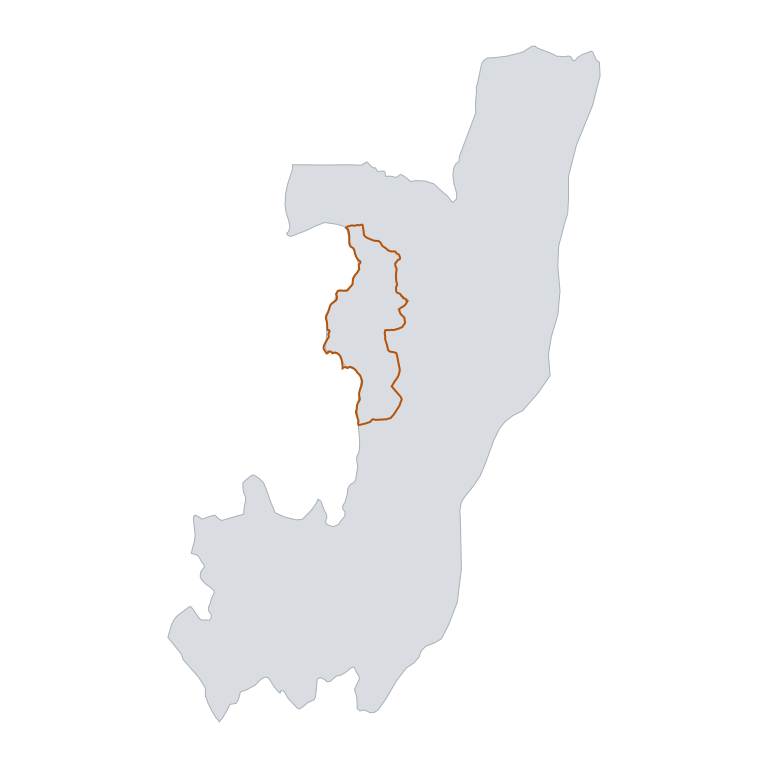 where Cuvette-Ouest sits in Republic of the Congo
{"feature_id": "COG-2185", "entity_name": "Cuvette-Ouest", "entity_type": "Region", "adm_level": 1, "iso_a3": "COG", "parent_name": "Republic of the Congo", "parent_adm1": "", "projection": "equal_earth", "projection_center": [14.65, 0.103], "detail": "fine", "context": "in_parent", "style": "outline", "palette": "amber", "viewbox_px": 768, "rotation_deg": 0, "n_neighbors": 0, "source": "natural_earth", "source_scale": "10m", "svg_char_len": 7372}
<svg xmlns="http://www.w3.org/2000/svg" viewBox="0 0 768 768"><path d="M167.9,637.4L171.3,625.4L173.9,619.9L177.0,616.0L189.4,606.6L191.3,607.0L199.9,619.2L202.7,620.2L205.7,619.8L209.3,620.3L211.1,618.0L211.4,614.8L208.8,611.3L208.4,607.5L210.2,603.4L211.3,598.9L213.9,593.5L214.2,591.0L211.4,588.2L205.6,584.0L201.6,579.9L200.1,576.1L201.1,571.1L204.3,567.1L204.1,564.9L201.3,561.3L199.3,557.4L197.1,554.9L191.3,553.5L192.4,548.3L194.6,540.6L195.1,534.7L193.4,519.3L193.6,516.5L195.2,515.1L198.7,516.8L202.2,519.1L211.7,515.8L215.1,515.2L217.8,518.2L221.7,520.5L243.7,514.1L244.1,507.5L245.4,501.6L245.6,497.1L244.6,494.3L243.5,492.1L242.9,487.7L242.9,482.9L245.0,480.7L252.0,475.0L254.2,475.2L259.1,478.3L263.7,483.1L267.8,493.4L270.7,502.1L275.2,512.8L284.8,517.1L296.3,519.9L302.5,519.2L311.4,510.1L316.4,503.0L318.0,499.2L320.9,501.2L324.3,510.5L326.4,514.1L326.9,517.6L325.4,521.9L326.9,524.6L333.0,526.6L338.4,524.7L340.9,520.9L344.9,516.0L345.0,511.8L342.8,509.1L342.8,505.4L345.0,502.4L347.2,494.4L347.9,488.5L350.0,484.8L354.1,482.2L355.6,479.9L357.8,466.0L356.7,461.0L356.7,456.8L359.2,451.5L359.7,442.8L357.1,408.5L361.1,381.0L360.8,377.5L357.9,373.2L354.4,369.3L345.3,366.1L341.9,361.0L339.3,355.6L337.4,353.9L327.5,351.7L325.3,348.7L326.2,339.9L327.1,327.0L326.7,318.0L328.5,310.8L330.5,305.3L334.8,299.6L337.2,292.8L338.4,291.1L346.7,290.0L349.7,287.1L352.1,284.3L353.1,280.4L355.9,274.1L358.5,269.7L358.7,266.8L358.2,262.7L355.7,254.7L352.7,248.0L350.9,245.6L347.2,230.0L343.8,226.3L337.2,224.3L324.8,222.5L317.3,225.3L305.9,230.6L291.5,236.3L288.1,235.7L286.6,233.3L288.8,231.3L289.9,226.5L288.5,219.7L286.3,213.4L285.0,204.6L285.6,193.7L287.8,183.5L292.3,170.1L292.6,164.7L320.3,165.0L350.0,164.8L361.3,165.2L366.8,161.8L372.0,167.0L374.6,168.2L375.4,167.7L377.4,171.4L383.9,171.0L384.9,171.9L385.5,176.3L391.5,176.2L394.5,177.2L396.9,177.1L400.4,174.5L402.9,175.4L407.4,178.7L410.7,181.6L415.2,180.6L425.8,181.1L433.9,183.9L442.0,191.5L447.4,195.9L452.3,202.4L454.1,201.3L456.7,198.7L456.6,193.1L453.9,183.6L452.9,175.6L453.5,169.0L455.5,164.2L459.0,161.3L459.4,156.3L475.9,112.6L475.4,107.5L475.7,100.0L476.5,91.7L476.3,86.7L477.5,83.3L481.7,63.5L484.0,60.2L487.7,57.9L492.9,57.8L506.6,56.2L519.5,53.0L523.7,51.5L531.8,46.3L534.9,46.1L537.5,48.1L553.0,54.1L557.3,56.5L558.8,56.1L561.2,56.6L564.8,56.7L568.4,56.0L570.6,56.7L573.5,60.7L575.4,60.2L577.9,57.3L582.5,54.4L591.6,51.1L593.0,52.5L596.2,59.8L599.4,62.3L600.1,75.9L592.6,105.4L576.5,145.0L568.5,176.2L568.5,199.1L567.7,213.4L565.0,222.2L558.7,245.9L557.8,266.2L560.0,291.0L557.9,314.6L551.3,336.9L548.4,354.4L550.1,375.6L538.0,393.1L522.7,410.6L512.8,415.7L505.2,421.5L499.7,428.2L493.9,439.9L484.8,465.0L480.1,476.0L473.9,485.4L464.7,496.8L461.3,502.3L459.9,510.1L460.5,524.6L461.4,568.5L457.3,602.3L448.2,625.7L441.4,638.8L434.6,642.8L425.7,646.3L421.4,650.7L418.8,657.3L413.9,662.9L406.5,667.8L397.2,679.7L386.0,698.7L378.4,709.6L374.3,712.4L370.0,712.7L365.6,710.4L361.9,710.1L360.1,711.1L357.1,708.5L357.2,704.1L356.7,696.9L354.5,689.4L359.4,678.8L359.0,676.5L356.7,672.6L354.1,667.2L351.7,667.5L346.5,671.7L341.2,675.0L336.1,676.3L330.0,681.6L326.7,681.6L324.8,679.6L320.6,677.6L318.4,678.3L317.1,679.2L316.1,691.9L315.3,697.4L313.8,700.0L307.6,702.7L303.4,706.4L299.7,709.0L297.5,708.3L288.4,698.7L283.7,690.9L280.8,690.7L280.0,693.2L278.6,692.0L274.1,686.8L268.9,678.5L267.0,677.2L264.1,677.4L259.6,680.4L255.1,685.2L247.0,689.6L240.3,692.0L239.7,695.0L238.1,700.2L235.9,703.4L229.9,704.4L227.8,709.0L222.6,717.9L219.2,721.9L218.3,720.2L216.2,718.0L212.0,711.2L207.8,702.6L206.7,698.7L205.5,696.5L205.3,687.9L199.0,677.7L183.1,659.5L181.4,654.1L167.9,637.4Z" fill="#d9dde1" stroke="#a8b0b8" stroke-width="1"/><path d="M343.9,290.8L346.8,290.6L347.5,290.2L347.9,289.9L348.1,289.5L352.4,284.5L352.7,282.9L352.9,278.9L354.6,275.6L357.3,272.5L359.2,269.3L358.8,265.7L358.7,264.8L359.1,264.1L359.8,263.6L360.3,262.9L360.4,261.8L360.0,261.2L358.6,260.2L357.5,258.9L356.5,257.4L355.7,255.7L355.1,253.8L354.2,249.9L353.4,248.3L350.6,246.6L349.7,244.9L349.2,242.9L349.3,237.1L349.2,235.0L348.3,230.2L347.9,229.3L347.3,228.7L346.7,228.3L346.2,227.9L346.1,227.4L347.0,226.8L347.9,226.4L349.0,226.2L351.2,225.5L351.6,225.4L351.9,225.4L354.5,225.7L355.2,225.6L356.3,225.4L356.8,225.1L357.1,225.0L357.5,225.0L358.5,225.2L359.1,225.3L361.9,224.6L362.2,224.7L362.5,225.0L362.8,225.7L362.9,226.4L363.0,227.7L363.1,228.3L363.4,229.5L363.9,234.5L364.0,235.0L364.3,235.5L366.0,237.2L367.3,237.9L373.5,240.5L376.6,241.0L377.1,240.9L377.5,240.8L378.0,240.9L378.6,241.1L379.3,241.5L380.6,242.7L381.0,243.4L381.7,245.0L382.2,245.7L382.8,246.2L386.0,248.4L388.2,250.4L389.7,251.0L391.2,251.4L392.7,251.5L394.6,251.4L395.0,251.5L395.4,251.7L396.1,252.8L396.3,253.1L396.7,253.4L398.3,254.3L398.8,254.7L399.1,254.9L399.2,255.1L399.9,257.2L400.0,257.9L400.0,258.1L400.0,258.5L399.9,258.9L399.8,259.2L399.5,259.4L399.2,259.6L398.5,259.7L397.9,259.9L397.7,260.1L397.5,260.4L397.3,260.7L397.1,261.2L396.9,261.4L396.8,261.6L396.5,261.7L396.4,261.8L396.2,262.0L395.9,262.7L395.8,262.9L395.3,263.3L395.2,263.5L395.2,264.1L395.3,265.5L395.5,266.3L395.6,266.6L396.4,268.2L396.6,269.0L396.6,269.6L396.0,273.7L396.1,279.4L396.2,280.7L397.0,283.9L397.1,284.4L397.1,284.8L397.0,285.2L396.2,286.8L396.1,287.1L396.1,287.4L396.0,288.2L396.0,289.2L396.2,291.1L396.3,291.5L396.4,291.8L396.7,292.2L397.0,292.5L400.0,293.9L400.3,294.1L400.5,294.4L400.9,294.7L401.0,295.1L401.0,295.4L401.2,295.8L401.5,296.1L402.4,296.5L403.0,297.0L402.9,297.4L402.9,297.8L403.1,298.1L403.3,298.3L403.8,298.2L405.7,298.9L406.0,299.2L406.2,299.4L406.4,299.8L406.4,300.2L406.5,300.7L406.5,301.1L406.7,301.3L407.0,301.1L407.1,300.8L407.3,300.7L407.5,300.7L407.6,300.8L406.2,303.5L404.8,305.2L403.1,306.5L400.8,307.8L398.9,309.4L400.5,313.9L404.3,317.6L405.1,322.8L402.3,327.0L398.0,328.9L393.6,330.0L392.5,330.0L391.4,329.8L389.1,330.2L387.1,330.0L385.2,330.3L384.7,333.2L385.2,336.2L385.2,337.4L385.1,338.7L385.5,340.5L387.0,344.9L387.6,347.9L388.3,350.4L390.1,351.6L394.3,352.3L396.3,353.1L397.1,355.8L399.8,369.7L399.4,372.4L398.6,375.1L397.4,377.6L394.2,382.1L391.7,386.4L400.8,397.0L401.8,399.6L400.6,402.2L399.5,405.6L393.9,414.3L390.7,418.0L386.4,419.3L375.5,419.9L373.1,419.2L371.7,420.0L370.3,421.8L366.2,423.3L358.8,425.1L358.5,424.8L358.1,423.8L358.1,423.2L358.4,421.8L358.5,421.2L358.3,420.2L357.7,418.6L356.0,412.5L356.0,411.3L356.6,409.7L356.9,406.3L357.2,404.5L358.1,402.6L359.1,401.1L359.8,399.5L359.5,397.1L359.1,395.1L359.1,393.2L359.5,391.3L361.8,384.5L362.2,381.9L361.7,379.6L360.3,375.8L359.6,374.8L357.3,372.7L356.0,370.4L354.1,368.7L351.9,367.4L350.3,366.8L349.3,367.0L348.4,367.6L347.5,368.0L346.6,367.7L345.5,367.1L344.5,367.1L343.6,367.6L342.6,368.3L342.5,365.3L342.1,362.1L341.4,359.0L340.4,356.4L338.9,354.4L336.8,353.0L334.5,352.5L332.4,353.3L331.9,352.5L331.5,352.0L330.9,351.7L328.9,351.4L328.4,351.6L328.2,352.1L328.0,352.6L327.8,353.0L327.0,353.4L326.6,353.5L326.3,353.1L323.6,348.8L323.7,346.6L324.3,344.7L326.9,340.0L327.6,338.7L328.2,338.0L328.8,337.0L328.8,336.1L328.5,335.3L328.4,334.1L328.6,333.4L329.4,331.9L329.5,331.1L329.1,330.2L328.4,330.0L327.7,330.0L327.3,329.4L327.1,323.8L326.8,321.9L326.2,319.5L325.9,317.6L326.2,315.7L328.2,311.8L330.2,305.6L331.4,303.8L335.7,300.7L336.8,299.0L337.0,297.4L336.7,295.8L336.0,294.2L337.8,290.9L340.6,290.4L343.9,290.8Z" fill="none" stroke="#b45309" stroke-width="2"/></svg>